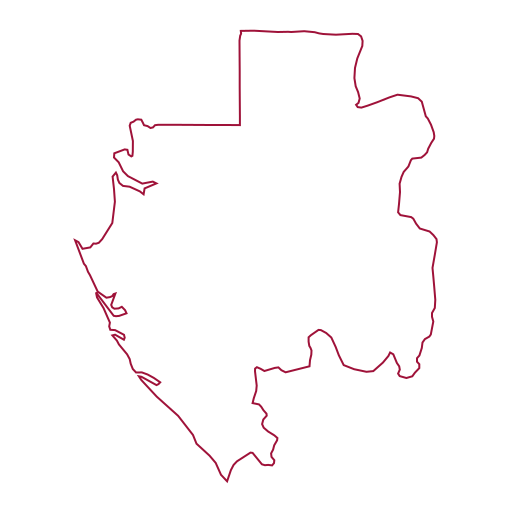 Gabon, Natural Earth projection
{"feature_id": "GAB", "entity_name": "Gabon", "entity_type": "country or territory", "adm_level": 0, "iso_a3": "GAB", "parent_name": "Africa", "parent_adm1": "", "projection": "natural_earth1", "projection_center": [11.622, -0.807], "detail": "fine", "context": "isolated", "style": "outline", "palette": "rose", "viewbox_px": 512, "rotation_deg": 0, "n_neighbors": 0, "source": "natural_earth", "source_scale": "50m", "svg_char_len": 3333}
<svg xmlns="http://www.w3.org/2000/svg" viewBox="0 0 512 512"><path d="M362.6,40.9L362.3,46.0L357.3,58.4L355.0,67.9L354.4,78.1L355.7,86.3L358.1,92.1L359.7,98.5L358.5,102.9L356.1,104.8L357.7,107.1L361.4,107.6L367.5,105.7L377.0,102.3L389.4,97.4L397.5,94.7L411.0,96.4L418.1,98.2L421.8,101.7L425.8,116.3L427.8,118.5L431.0,124.7L433.7,132.2L434.3,136.0L434.0,138.7L431.3,142.8L428.2,148.7L427.1,152.3L424.6,155.0L421.3,157.6L412.3,158.6L410.9,160.2L408.4,166.5L403.7,171.9L401.5,176.9L399.6,183.7L400.0,192.1L399.0,204.1L398.1,212.3L400.4,215.1L411.2,217.1L413.3,218.7L416.1,223.7L419.8,228.5L429.6,231.5L433.4,235.1L436.5,239.1L436.9,242.3L434.7,255.4L432.5,267.9L433.4,277.5L434.2,286.6L435.3,299.9L434.8,308.0L432.0,313.0L432.0,316.8L433.3,321.5L430.8,334.5L429.3,336.6L424.9,339.1L422.5,342.5L421.8,348.0L419.4,355.5L417.0,358.2L417.0,361.7L419.3,364.2L419.3,368.1L414.9,372.7L412.3,376.3L406.4,378.0L399.7,376.1L398.1,373.6L399.8,369.6L399.2,366.3L396.9,363.0L393.3,354.3L390.1,352.5L388.4,356.0L382.9,362.6L373.3,371.1L366.5,371.8L354.1,369.2L343.7,365.1L338.8,355.2L335.7,347.0L331.3,337.5L326.2,333.0L320.9,330.1L318.5,329.9L310.9,335.2L308.6,337.3L308.6,341.7L309.3,345.9L310.5,347.9L311.5,350.5L311.3,354.7L310.0,360.2L309.5,366.3L285.6,372.3L281.4,370.2L278.4,367.4L274.8,367.9L264.4,371.0L260.6,368.8L256.9,367.2L255.1,368.6L255.0,371.2L256.7,385.6L256.2,391.0L253.8,398.2L252.6,403.1L259.0,404.4L261.2,406.7L263.5,410.3L266.5,413.7L266.7,415.7L263.3,419.5L262.1,424.1L263.7,427.7L268.1,431.5L274.4,435.4L277.4,438.0L277.1,440.3L274.2,445.3L273.1,449.6L271.1,453.4L271.5,456.9L274.3,460.2L274.0,463.1L272.1,465.4L268.2,464.9L264.9,465.2L261.9,464.3L252.6,452.9L250.5,452.6L237.0,461.3L233.6,464.9L230.9,470.1L227.1,481.3L221.0,474.8L215.7,462.9L209.5,455.6L196.5,443.7L193.0,435.0L178.1,415.8L156.7,396.6L141.3,380.0L138.9,376.3L141.5,376.8L156.5,385.1L158.5,384.1L160.2,382.3L153.8,377.9L147.6,374.5L141.8,372.4L136.1,372.5L132.8,369.0L130.7,363.7L129.7,359.1L127.1,354.3L118.9,344.4L116.9,340.6L112.4,335.4L115.1,334.7L123.9,339.7L124.7,337.7L124.0,334.8L115.1,330.1L110.3,329.8L109.2,326.4L109.9,322.6L103.6,308.2L97.0,297.4L96.0,292.4L113.7,315.8L116.0,316.2L119.1,315.9L126.5,313.3L125.1,310.2L121.8,306.8L118.6,308.4L114.4,308.7L112.2,307.3L111.2,304.9L115.4,293.5L113.6,294.1L112.3,296.1L110.0,297.1L106.4,297.7L97.7,291.6L90.0,275.2L88.0,271.8L85.9,266.1L83.9,263.7L75.1,240.3L78.5,242.1L82.5,248.8L90.3,247.4L93.4,243.5L96.0,243.7L98.8,242.8L102.2,239.1L112.3,223.0L114.9,201.7L114.0,189.1L112.6,176.6L115.9,172.6L117.2,175.3L117.9,179.7L119.4,183.0L123.0,185.9L129.6,186.7L139.9,191.4L143.6,194.3L144.6,188.4L156.4,183.4L152.8,181.6L142.3,183.6L127.9,176.1L123.1,171.3L118.7,162.3L114.0,157.5L114.3,153.3L124.7,149.4L127.4,149.8L128.5,154.5L131.3,156.4L132.4,155.8L132.8,151.8L132.9,141.0L129.7,125.7L130.7,122.8L133.5,121.7L136.0,119.7L137.8,119.3L141.3,119.7L143.1,123.2L144.0,125.2L147.6,126.1L150.5,128.0L153.0,127.4L155.0,125.2L158.1,124.8L167.5,124.8L176.1,124.8L193.1,124.9L210.1,125.0L227.1,125.0L239.9,125.1L239.9,116.3L239.8,102.8L239.7,86.8L239.7,71.4L239.6,57.3L239.5,40.5L240.2,35.7L241.1,33.7L240.8,30.9L253.9,30.7L277.8,32.0L288.2,31.8L291.2,32.0L304.2,31.2L314.7,32.2L319.2,33.4L323.2,34.0L335.9,34.7L352.4,33.8L358.0,34.0L361.1,36.4L362.6,40.9Z" fill="none" stroke="#9f1239" stroke-width="2"/></svg>